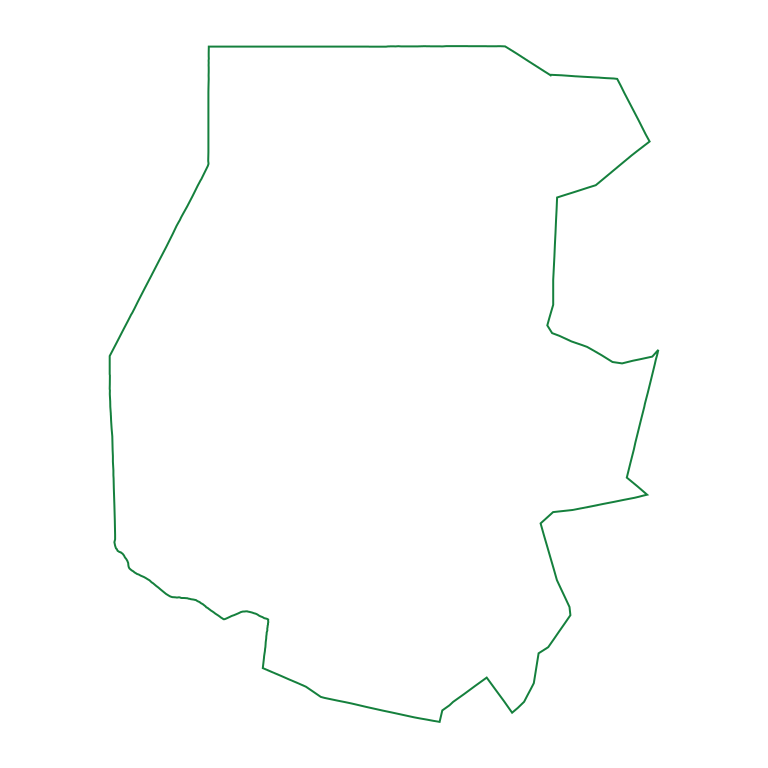 Linguere, Louga, Senegal (Natural Earth projection)
{"feature_id": "50182788B14678638932037", "entity_name": "Linguere", "entity_type": "district", "adm_level": 2, "iso_a3": "SEN", "parent_name": "Senegal", "parent_adm1": "Louga", "projection": "natural_earth1", "projection_center": [-15.296, 15.307], "detail": "fine", "context": "isolated", "style": "outline", "palette": "green", "viewbox_px": 768, "rotation_deg": 0, "n_neighbors": 0, "source": "geoboundaries", "source_scale": "gbopen_adm2", "svg_char_len": 5578}
<svg xmlns="http://www.w3.org/2000/svg" viewBox="0 0 768 768"><path d="M208.6,82.2L208.5,86.2L208.4,92.3L208.4,99.3L208.4,112.7L208.4,126.0L208.4,139.2L208.4,152.4L208.2,161.0L208.4,162.5L208.5,163.8L208.4,164.2L207.8,166.0L203.5,174.7L201.3,179.2L201.2,179.4L200.5,180.4L199.9,181.6L197.8,185.5L194.2,192.8L192.4,196.4L187.2,206.4L182.4,215.0L181.0,217.6L179.9,220.0L178.6,222.2L176.6,225.8L172.9,233.6L166.1,247.2L159.0,260.8L152.5,273.4L152.2,273.9L152.0,274.4L144.9,288.0L137.9,301.6L134.2,309.1L133.5,310.4L132.4,312.6L130.8,315.2L130.7,315.5L128.3,320.2L128.1,320.6L123.8,328.8L116.8,342.4L109.7,356.0L109.7,362.1L109.7,368.2L109.7,374.3L109.9,375.3L109.8,384.7L109.7,389.0L109.9,390.3L109.8,394.0L109.9,396.0L110.2,401.3L110.3,406.8L110.8,413.6L110.8,413.9L110.8,414.6L110.9,415.6L111.1,420.5L111.6,428.4L112.3,436.4L112.4,440.7L112.6,449.0L112.6,449.6L112.9,456.1L112.9,461.7L113.4,470.4L113.4,475.2L113.6,478.5L113.8,487.6L114.1,496.6L114.4,505.6L114.6,513.0L114.8,520.1L114.9,525.0L115.0,529.8L115.1,534.6L115.1,539.3L114.4,542.2L115.1,545.7L116.0,548.4L116.8,549.1L117.6,550.8L119.5,552.0L120.8,552.3L121.3,552.9L122.4,553.5L123.2,554.5L124.0,555.5L124.6,556.8L125.3,557.9L126.1,558.8L126.7,559.8L127.3,560.8L127.8,562.1L128.2,563.1L128.3,564.7L128.5,566.1L128.8,567.2L129.4,568.4L130.5,569.4L131.7,570.4L133.4,571.4L134.5,572.4L135.7,573.1L137.1,574.0L138.7,574.5L140.6,575.6L143.9,577.0L145.7,578.0L148.1,579.5L149.5,580.3L151.7,582.4L153.0,583.2L156.3,586.0L158.3,587.5L160.5,589.4L163.8,592.1L166.0,593.9L168.9,595.7L169.8,596.2L169.9,596.3L171.5,596.9L172.3,597.1L173.0,597.2L174.1,597.2L174.7,597.3L175.6,597.3L176.5,597.5L177.4,597.5L178.8,597.3L179.8,597.4L181.0,597.9L181.9,598.0L183.0,598.0L184.2,598.0L185.4,598.1L186.6,598.2L187.2,598.2L188.7,598.7L189.6,598.8L190.9,599.2L192.3,599.4L193.8,599.6L194.9,599.9L195.8,600.0L196.7,600.6L197.3,601.0L198.7,601.7L199.6,602.0L200.3,602.7L201.5,603.5L202.6,604.0L203.7,604.9L205.6,606.4L206.3,607.3L207.6,607.9L208.9,609.0L209.4,609.3L210.9,610.5L212.5,611.5L213.8,612.4L215.3,613.6L216.7,614.5L218.1,615.4L219.8,616.6L220.9,617.5L222.7,618.6L223.5,619.2L224.5,619.2L225.4,618.9L226.3,618.5L227.0,618.2L228.5,617.5L230.0,616.8L231.6,616.0L233.0,615.5L234.2,615.1L235.3,614.6L236.1,614.3L237.2,613.8L238.2,613.4L239.2,612.9L239.5,612.8L240.2,612.4L241.1,612.0L241.9,611.8L242.6,611.6L243.4,611.5L244.6,611.5L245.5,611.4L246.3,611.3L247.1,611.3L247.9,611.6L249.1,611.8L250.3,612.1L251.5,612.4L252.6,612.7L253.5,613.1L254.3,613.3L254.5,613.4L255.1,613.5L256.2,613.9L257.4,614.5L258.3,615.1L259.3,615.8L260.9,616.5L262.5,617.1L264.3,618.2L265.3,618.4L266.5,618.7L267.6,619.1L268.2,619.6L268.1,620.6L268.3,622.2L268.0,623.2L268.0,624.6L267.6,625.9L267.6,627.0L267.3,628.3L267.3,630.6L266.7,632.4L266.6,634.2L266.3,636.3L266.2,638.5L266.0,640.0L265.7,642.2L265.6,644.1L265.4,647.0L265.1,648.8L264.9,651.1L264.5,653.6L264.1,656.3L264.0,657.7L264.0,657.8L262.8,668.1L272.1,672.1L280.6,675.7L289.0,679.4L297.5,683.0L305.9,686.7L313.4,691.8L320.8,696.9L324.5,697.9L331.2,699.3L337.9,700.7L344.5,702.0L351.2,703.4L356.4,704.6L361.5,705.8L366.6,707.0L372.0,708.2L377.4,709.4L382.8,710.6L391.9,712.5L399.3,714.1L406.6,715.7L414.0,717.3L417.7,718.0L420.4,718.5L426.8,719.6L433.2,720.8L439.6,721.9L442.3,710.4L449.5,705.3L449.6,705.2L453.1,701.9L464.2,694.0L475.3,685.8L486.7,677.6L495.4,689.5L503.8,700.9L512.1,712.7L517.7,708.0L524.1,701.8L527.3,695.6L530.6,689.4L533.8,683.2L535.0,675.8L536.2,668.3L537.4,660.8L538.6,653.3L548.2,647.2L553.8,639.2L559.3,631.2L564.9,623.2L570.4,615.2L569.5,607.0L565.3,598.0L561.1,589.1L556.9,580.1L553.7,568.8L550.4,557.5L547.1,546.1L543.8,534.8L540.6,523.4L541.7,522.4L553.1,512.1L559.5,511.4L566.0,510.7L572.4,510.0L582.8,508.0L593.1,506.0L603.4,503.9L613.8,501.9L624.1,499.8L634.5,497.8L638.7,496.8L642.9,495.7L647.1,494.7L637.5,486.4L626.8,477.6L629.0,468.7L630.3,463.4L633.9,449.3L635.4,442.4L637.2,435.2L640.7,421.0L644.3,406.8L644.9,403.8L645.7,400.7L647.8,392.7L651.3,378.5L654.7,364.6L655.8,359.7L657.2,354.7L658.3,349.9L652.3,356.6L645.9,358.0L639.4,359.4L633.0,360.7L622.1,363.4L612.5,362.0L601.6,355.2L591.9,349.6L587.1,346.9L581.9,345.0L576.6,343.2L571.4,341.4L559.3,335.8L552.1,333.1L547.3,325.4L547.8,323.6L549.2,318.5L551.2,311.6L553.2,304.8L553.2,296.5L553.2,288.2L553.2,280.0L553.8,268.2L554.4,256.4L554.9,244.6L555.5,232.8L556.0,221.1L556.6,209.3L557.1,197.5L564.9,195.0L572.6,192.6L580.4,190.1L588.1,187.6L595.8,185.2L604.7,177.8L613.7,170.3L622.6,162.9L631.5,155.5L637.5,150.8L643.5,146.2L649.6,141.5L645.7,134.4L638.8,120.7L631.5,106.7L624.3,92.9L621.0,86.2L617.2,78.9L613.8,78.5L605.9,78.1L600.0,77.7L599.5,77.6L595.0,77.4L584.0,76.8L577.2,76.4L575.6,76.3L575.3,76.3L572.8,76.1L561.7,75.3L550.8,74.8L550.6,75.3L547.2,73.1L544.6,71.5L539.3,68.1L528.0,60.9L516.9,53.7L505.1,46.4L500.4,46.2L498.9,46.2L494.2,46.3L482.9,46.2L471.5,46.2L460.4,46.1L456.0,46.1L451.5,46.1L447.0,46.1L446.7,46.1L442.7,46.4L436.5,46.3L430.1,46.3L424.0,46.2L417.4,46.4L411.2,46.4L404.9,46.4L401.1,46.4L398.4,46.2L395.6,46.4L392.2,46.3L388.7,46.4L388.1,46.4L385.8,46.7L381.0,46.7L380.6,46.7L379.5,46.7L373.1,46.7L366.8,46.6L360.5,46.6L354.1,46.6L347.8,46.6L341.4,46.6L335.1,46.6L328.8,46.6L322.4,46.6L316.1,46.6L309.8,46.6L303.4,46.6L297.1,46.6L290.7,46.6L284.4,46.6L278.1,46.6L271.7,46.6L267.4,46.6L266.8,46.6L259.1,46.6L252.7,46.6L246.4,46.6L240.0,46.6L233.7,46.6L227.4,46.6L221.0,46.6L214.7,46.6L208.8,46.6L208.8,47.2L208.7,52.8L208.7,56.4L208.8,58.7L208.6,60.7L208.7,62.9L208.6,65.2L208.7,67.5L208.7,72.1L208.6,75.3L208.7,79.0L208.6,82.2Z" fill="none" stroke="#15803d" stroke-width="2"/></svg>